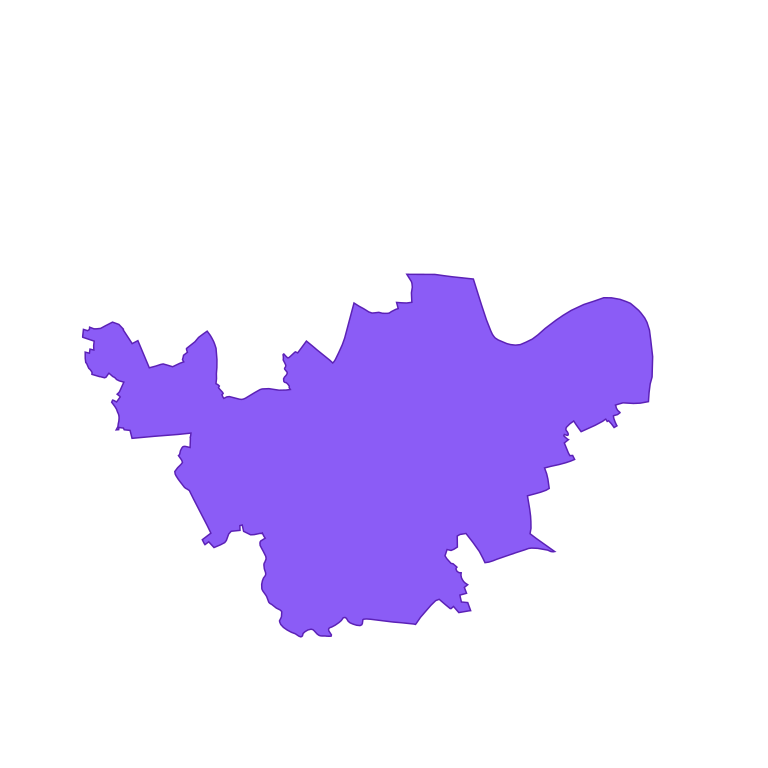 the district of Thanh Tri, Ha Noi, Vietnam, rotated 319°
{"feature_id": "81297802B95629282135268", "entity_name": "Thanh Tri", "entity_type": "district", "adm_level": 2, "iso_a3": "VNM", "parent_name": "Vietnam", "parent_adm1": "Ha Noi", "projection": "equal_earth", "projection_center": [105.831, 20.942], "detail": "fine", "context": "isolated", "style": "filled", "palette": "violet", "viewbox_px": 768, "rotation_deg": 319, "n_neighbors": 0, "source": "geoboundaries", "source_scale": "gbopen_adm2", "svg_char_len": 6159}
<svg xmlns="http://www.w3.org/2000/svg" viewBox="0 0 768 768"><g transform="rotate(319 384 384)"><path d="M520.3,363.4L505.9,347.9L500.3,341.6L494.3,334.7L473.2,316.2L471.9,324.6L471.1,326.4L468.9,329.5L464.5,333.2L458.6,340.6L454.2,337.7L450.9,334.6L447.0,330.7L444.2,336.4L441.9,335.4L437.1,334.2L434.5,333.9L432.9,332.9L429.3,329.7L427.1,326.5L423.4,324.0L421.5,322.6L419.8,319.6L419.0,316.9L418.0,313.7L416.2,308.9L414.5,303.2L384.5,323.5L378.3,327.0L370.2,330.7L363.4,333.6L361.1,334.3L359.1,334.5L358.7,330.5L355.8,314.2L354.9,308.2L353.6,300.7L339.3,303.9L338.2,301.6L337.3,301.5L331.6,301.7L329.7,301.7L328.9,301.4L328.4,300.9L328.2,298.9L328.1,295.6L327.8,295.5L327.0,295.7L325.9,297.4L324.7,298.8L323.7,299.7L322.9,303.0L322.2,305.4L320.9,306.5L319.3,306.9L318.8,307.6L318.6,311.6L317.9,312.5L316.1,313.2L313.4,313.5L311.6,314.2L310.1,316.3L310.1,317.3L310.5,318.2L311.1,318.8L311.3,320.7L311.2,322.9L311.0,323.6L310.0,324.6L309.7,326.7L306.1,324.3L300.7,319.8L294.1,312.0L288.8,307.8L286.8,306.9L281.0,305.7L270.0,303.8L267.9,303.1L266.4,302.2L265.0,300.7L260.4,294.0L259.0,292.0L256.9,290.6L253.7,289.8L253.9,288.0L254.6,286.0L254.8,285.7L256.3,285.7L256.7,284.6L256.6,279.2L256.7,278.2L258.4,277.5L258.2,275.5L257.4,273.5L261.1,270.1L264.3,266.2L268.6,262.0L274.0,255.9L280.7,246.8L282.3,243.0L283.3,240.2L284.2,236.5L284.8,233.3L285.2,228.1L280.1,227.6L274.6,227.2L269.0,228.1L258.3,227.6L257.6,228.4L256.4,231.1L251.6,230.8L249.6,232.3L247.9,233.4L247.4,235.9L243.4,234.4L235.8,232.3L232.6,227.2L230.5,224.0L228.4,222.8L223.4,220.7L217.5,217.8L226.7,189.8L220.4,188.3L220.7,186.5L222.7,172.0L223.3,171.7L223.0,165.1L219.7,159.2L212.0,157.3L206.6,156.1L202.9,153.5L201.3,152.1L199.1,148.0L197.4,149.6L195.3,149.3L193.0,145.6L187.7,150.5L187.3,151.1L193.4,161.5L190.0,164.6L187.3,168.0L185.0,164.8L181.9,167.5L179.4,163.9L175.3,168.7L173.0,172.1L173.0,173.5L171.5,178.4L171.7,180.5L171.5,182.6L171.2,183.8L169.9,185.1L174.2,191.9L174.6,192.2L177.2,196.0L178.7,196.5L182.7,195.5L183.5,195.4L183.7,196.7L184.2,200.4L184.9,202.1L185.1,203.2L185.1,205.1L186.3,208.0L188.9,211.9L180.0,216.0L178.6,216.5L175.9,216.6L176.5,219.8L176.4,220.7L170.4,222.1L169.2,218.9L168.6,218.1L166.5,219.1L166.1,224.5L165.6,227.5L164.5,230.3L163.9,232.4L163.2,233.9L161.9,235.7L159.6,238.0L157.3,239.7L155.2,241.6L151.8,242.9L153.8,244.4L155.4,242.9L158.4,246.3L157.9,248.1L161.9,252.4L158.2,259.7L176.5,272.9L195.4,286.9L206.1,294.4L204.6,295.8L202.5,297.4L202.4,297.8L200.2,300.2L196.0,304.7L193.4,301.1L192.7,300.3L191.6,299.6L190.8,299.4L189.3,299.7L186.6,300.8L183.8,302.9L182.9,303.2L181.9,303.2L181.4,308.4L181.1,309.5L180.4,311.0L178.1,311.5L173.3,311.8L168.7,312.8L167.3,315.0L166.8,317.0L166.2,321.1L165.9,325.5L165.6,331.1L165.9,332.6L166.6,334.5L167.2,336.7L166.6,338.9L164.7,346.2L157.6,375.3L155.5,383.0L144.7,382.3L143.6,386.7L143.5,387.8L148.2,388.1L148.4,395.9L155.1,398.1L158.1,398.8L159.7,399.2L162.3,398.7L168.4,395.3L172.1,394.9L179.3,400.0L182.3,396.3L184.5,397.4L181.4,403.1L184.4,410.3L187.2,412.5L192.8,415.6L193.1,416.3L194.4,416.5L193.4,420.4L193.2,422.4L188.0,421.6L186.8,422.0L186.0,422.7L184.6,424.6L183.9,427.4L183.1,431.1L181.7,436.5L181.1,437.5L180.2,438.7L176.9,440.4L176.0,440.6L174.7,441.7L172.4,445.0L170.8,448.8L169.8,450.1L168.8,450.7L165.7,451.4L163.2,452.7L160.2,455.0L157.4,458.5L156.8,460.5L156.2,466.5L155.8,468.0L153.9,473.0L153.9,474.4L154.2,475.6L154.6,476.4L155.7,482.4L157.4,486.5L157.5,487.7L157.4,488.8L154.0,492.3L152.6,493.0L149.7,494.2L149.0,495.6L148.3,497.8L148.4,501.7L149.5,506.1L151.2,510.6L153.2,514.3L154.3,518.4L155.2,520.1L156.1,520.6L157.2,520.6L159.3,519.2L161.8,519.1L165.2,519.7L168.1,521.2L169.2,522.8L169.4,524.3L169.5,528.8L170.0,530.9L170.7,532.2L171.9,533.5L174.0,535.3L175.7,537.1L177.7,538.9L178.7,539.6L179.7,538.9L180.4,534.1L181.3,532.7L182.1,532.3L183.4,532.4L185.1,533.1L189.0,534.0L193.5,534.5L196.6,534.5L199.9,533.7L201.4,534.6L201.9,536.2L201.3,539.6L201.7,542.0L203.1,544.9L205.0,548.0L207.4,550.6L209.2,551.1L210.5,550.6L213.5,548.0L214.4,548.2L216.5,549.7L219.4,552.6L234.5,569.4L240.9,576.0L249.1,584.8L250.0,586.1L251.2,585.9L258.6,584.0L274.1,581.8L280.9,581.4L284.4,582.7L285.6,590.9L286.6,596.8L287.2,597.5L290.5,597.5L290.5,605.6L299.4,611.0L300.7,611.9L303.8,603.9L299.4,599.3L301.5,595.4L302.8,593.1L309.0,596.1L311.2,590.2L315.5,590.4L314.7,587.5L314.5,585.2L314.8,583.1L315.3,581.1L316.7,578.7L318.4,577.1L316.8,575.5L316.2,573.3L316.9,570.8L317.8,570.3L318.9,570.1L318.2,565.0L316.9,563.3L316.8,557.2L317.3,553.7L323.0,550.3L325.4,553.6L328.4,554.6L332.4,555.2L339.5,546.8L342.6,547.4L347.8,550.6L347.2,561.7L346.1,573.0L344.3,580.5L343.0,585.1L346.3,587.2L350.2,588.9L354.2,590.3L362.9,593.8L373.0,597.9L381.2,601.4L385.3,603.0L387.8,604.7L392.2,608.9L398.6,616.8L399.9,619.7L400.7,620.7L401.7,621.7L402.9,622.4L397.6,600.5L396.0,592.8L400.3,589.3L404.6,584.2L408.0,579.8L412.0,573.8L418.9,562.5L426.7,566.3L431.4,568.5L436.6,570.5L440.2,571.2L445.3,563.3L447.8,558.6L450.1,552.7L456.1,555.7L463.2,559.6L469.6,562.7L474.2,564.6L478.4,566.0L479.5,561.7L477.3,560.0L477.9,557.1L481.4,546.8L486.7,547.0L486.3,546.1L485.7,541.6L485.9,540.9L487.0,540.4L488.4,542.7L488.9,543.2L489.4,543.3L490.1,542.8L490.6,541.9L491.0,540.3L491.0,539.0L491.3,537.8L492.2,536.9L493.4,536.3L498.1,536.0L502.9,536.4L502.3,540.8L501.6,548.0L501.5,549.3L516.3,553.7L524.2,555.5L525.5,555.7L527.7,555.8L528.3,556.0L527.9,558.7L529.4,559.1L529.5,563.3L529.1,567.8L532.4,568.4L532.6,567.3L533.6,564.0L534.8,560.9L535.7,559.3L536.4,558.5L540.2,560.3L543.3,560.5L543.4,560.0L543.1,557.6L543.1,556.9L543.6,554.5L544.5,552.8L544.8,551.8L546.6,552.5L552.0,555.0L559.6,562.4L564.9,566.6L572.0,570.8L578.4,564.4L584.9,558.6L590.9,554.6L604.7,539.6L614.1,525.9L619.7,517.5L622.9,510.1L624.1,505.1L624.5,499.2L624.5,495.5L623.6,489.1L622.9,484.8L621.0,480.9L617.7,475.0L612.3,468.3L606.5,463.1L597.2,459.4L587.0,455.1L573.7,451.3L564.3,449.7L555.8,448.7L542.2,447.8L532.3,447.9L525.4,447.4L518.3,445.5L512.7,443.7L508.7,440.9L505.4,437.3L503.2,434.1L499.1,425.7L498.1,422.2L498.1,420.3L498.4,417.6L499.5,413.8L503.4,402.8L509.5,388.2L520.3,363.4Z" fill="#8b5cf6" stroke="#5b21b6" stroke-width="1.5"/></g></svg>